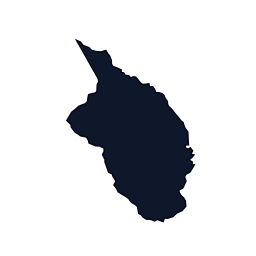 Marzagão, Goiás, Brazil, rotated 340°
{"feature_id": "56859067B67512374112148", "entity_name": "Marzagão", "entity_type": "district", "adm_level": 2, "iso_a3": "BRA", "parent_name": "Brazil", "parent_adm1": "Goiás", "projection": "albers", "projection_center": [-48.689, -17.969], "detail": "fine", "context": "isolated", "style": "filled", "palette": "ink", "viewbox_px": 256, "rotation_deg": 340, "n_neighbors": 0, "source": "geoboundaries", "source_scale": "gbopen_adm2", "svg_char_len": 1749}
<svg xmlns="http://www.w3.org/2000/svg" viewBox="0 0 256 256"><g transform="rotate(340 128 128)"><path d="M129.0,227.9L131.4,225.0L134.3,226.3L139.8,226.6L144.7,224.5L150.4,224.1L155.5,221.3L156.9,216.2L156.3,212.7L154.8,210.0L154.0,206.8L154.2,203.9L159.1,203.0L164.3,197.7L164.4,193.0L166.7,191.2L171.1,190.6L174.2,188.1L177.7,185.2L175.2,184.6L176.8,182.1L174.3,178.7L178.5,177.2L180.7,175.9L178.0,174.0L180.8,171.6L179.9,168.1L177.2,168.5L175.3,166.7L175.4,163.3L179.1,164.5L179.7,162.1L182.8,152.1L181.4,147.4L181.4,144.1L181.6,141.7L180.2,139.5L179.3,136.8L177.1,130.7L175.0,124.4L173.4,121.6L173.3,119.2L174.0,116.3L173.0,112.7L172.9,109.3L171.5,107.2L169.2,105.5L166.2,104.3L166.1,100.6L165.2,97.7L162.3,96.7L162.7,93.5L160.5,93.2L156.6,92.1L155.0,89.8L152.7,82.9L150.4,81.7L147.6,81.9L146.6,79.2L143.4,77.6L142.8,74.8L140.5,73.5L141.5,71.1L137.4,67.1L134.9,65.3L134.2,62.4L135.5,58.4L135.3,54.0L134.2,50.8L133.7,47.6L128.5,47.3L124.2,45.3L120.4,42.7L118.8,39.3L114.0,35.0L112.6,30.9L109.7,28.1L116.9,71.2L116.5,74.3L113.9,76.9L112.7,79.8L111.4,82.9L109.3,84.0L105.5,83.4L102.4,83.3L100.6,86.2L99.1,89.3L96.1,90.7L93.3,90.6L89.2,90.8L85.0,92.5L80.4,94.0L73.2,100.0L74.7,103.2L75.7,105.3L75.1,107.8L76.0,110.8L76.9,113.8L79.3,116.6L80.7,119.0L83.2,120.6L85.9,122.2L86.7,126.1L86.3,128.8L88.9,131.2L91.5,133.6L95.1,135.1L98.6,138.6L97.7,141.8L95.0,144.3L95.3,147.1L95.7,149.6L94.8,152.0L94.7,162.8L97.6,165.9L97.4,168.5L98.6,174.0L95.3,176.8L96.7,181.1L97.0,184.6L99.8,188.2L102.4,191.3L104.6,194.4L105.1,196.9L106.4,199.7L108.6,202.2L110.2,205.1L109.6,207.8L108.9,212.0L111.0,214.2L111.6,216.5L114.3,220.1L116.7,220.8L119.3,222.5L121.3,224.4L124.5,223.9L126.4,225.8L129.0,227.9Z" fill="#0f172a" stroke="#020617" stroke-width="1.5"/></g></svg>